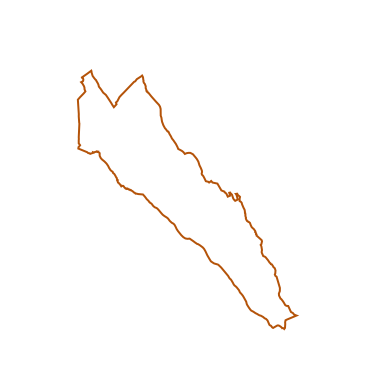 outline of Calpan, Puebla, Mexico, rotated 212°
{"feature_id": "50627088B82684012810094", "entity_name": "Calpan", "entity_type": "district", "adm_level": 2, "iso_a3": "MEX", "parent_name": "Mexico", "parent_adm1": "Puebla", "projection": "orthographic", "projection_center": [-98.482, 19.103], "detail": "fine", "context": "isolated", "style": "outline", "palette": "amber", "viewbox_px": 384, "rotation_deg": 212, "n_neighbors": 0, "source": "geoboundaries", "source_scale": "gbopen_adm2", "svg_char_len": 5952}
<svg xmlns="http://www.w3.org/2000/svg" viewBox="0 0 384 384"><g transform="rotate(212 192 192)"><path d="M238.8,161.0L236.4,161.8L232.3,163.9L229.8,163.2L227.7,162.4L226.8,162.0L225.4,161.7L224.0,161.4L223.1,160.9L222.4,160.9L221.7,160.6L220.6,160.7L219.7,160.5L217.5,159.6L215.5,159.3L213.8,159.6L212.8,159.6L211.2,159.2L209.9,158.8L207.2,157.9L204.8,157.2L202.6,157.0L199.9,157.0L198.3,156.8L195.5,155.7L192.9,155.2L191.0,155.3L189.6,155.0L187.6,153.9L185.3,152.4L183.1,151.4L178.2,149.7L175.4,149.1L173.0,149.1L171.0,149.9L169.3,151.2L164.9,151.0L162.7,150.8L160.0,150.7L159.2,151.0L156.9,151.0L153.5,150.7L151.5,150.1L149.1,148.8L145.4,146.4L141.4,144.3L139.2,143.2L135.6,143.1L135.1,143.2L131.6,144.2L131.0,144.2L127.2,143.4L116.9,140.0L115.4,139.2L114.2,138.6L112.7,138.4L111.6,137.9L110.4,137.3L108.9,136.5L108.0,135.9L106.6,135.3L104.8,135.1L103.5,134.8L100.1,133.6L99.7,133.4L99.0,132.8L97.7,132.1L97.0,132.0L95.4,131.5L94.0,131.0L92.6,130.3L87.9,127.7L86.3,126.1L85.2,125.4L82.5,124.1L80.3,123.2L79.0,122.8L76.5,123.0L73.9,122.9L72.1,123.1L70.1,123.1L69.3,123.2L68.0,123.6L67.4,123.6L65.5,123.7L63.5,123.4L62.5,123.5L62.0,123.6L61.1,123.4L59.9,123.1L56.0,120.4L55.5,120.3L54.2,120.4L53.5,120.2L52.6,119.8L52.1,119.7L51.2,119.7L48.9,124.0L48.3,124.5L47.3,124.8L45.4,124.8L44.4,124.6L43.7,124.5L43.4,124.3L43.1,124.6L42.4,124.9L41.9,124.9L41.2,124.7L41.1,126.0L43.0,129.5L44.0,130.9L44.7,132.8L43.9,134.1L37.9,142.6L38.9,142.4L40.4,142.2L41.5,142.5L42.2,142.8L44.5,142.7L50.0,146.3L51.6,145.5L53.0,145.5L55.6,146.9L57.4,147.7L59.6,148.5L60.4,148.5L63.3,150.3L64.5,151.9L65.0,154.5L66.6,157.2L75.4,165.0L76.9,165.1L78.1,166.0L78.2,167.0L79.6,169.7L81.4,171.2L83.2,171.5L83.7,171.9L85.9,172.9L86.9,172.6L87.6,173.1L88.7,173.2L91.3,174.4L95.1,175.7L96.3,175.7L97.6,175.4L100.8,177.6L101.3,178.4L101.9,179.9L104.3,182.6L104.8,183.0L105.7,183.5L105.5,184.4L106.5,187.3L107.5,188.1L113.7,189.2L114.1,189.2L114.3,189.5L114.5,189.8L114.8,190.1L115.3,190.1L115.4,190.4L115.3,190.5L116.1,191.0L116.5,191.4L116.8,191.4L117.0,191.6L117.3,191.6L117.4,192.2L117.7,192.4L118.2,192.6L118.6,192.7L119.5,193.2L122.7,193.8L124.6,195.0L126.5,196.5L127.6,196.7L128.1,196.5L128.6,196.5L128.9,196.7L129.4,196.6L129.7,196.6L130.0,196.6L130.3,196.9L131.0,197.1L131.5,197.5L132.2,197.9L132.4,198.4L132.5,198.7L132.9,199.1L133.3,199.3L133.5,199.4L133.9,200.0L134.5,200.6L134.5,200.8L134.9,201.4L135.0,201.6L135.3,201.7L135.5,201.8L135.5,202.0L135.8,202.4L136.2,202.6L136.9,203.6L138.0,204.8L139.9,205.9L142.9,208.0L144.2,209.2L145.5,209.6L146.7,209.5L148.0,211.4L148.7,213.3L149.4,213.5L150.3,213.6L151.1,213.6L152.8,214.5L153.8,213.6L153.0,213.3L151.9,212.4L150.4,211.0L149.3,209.7L150.7,207.4L151.2,207.6L152.5,207.8L153.8,208.5L156.5,210.8L158.0,211.3L158.4,211.0L159.4,211.7L160.0,211.1L157.8,209.0L159.2,207.0L161.8,208.7L162.9,209.0L164.0,209.0L164.7,209.5L167.9,208.9L174.9,212.6L179.6,210.9L181.6,211.5L182.2,209.7L182.5,209.1L183.5,209.3L186.0,208.5L188.5,210.1L190.7,211.4L191.8,211.8L192.6,211.9L193.5,212.6L194.1,214.3L195.0,215.4L197.2,217.0L199.8,218.6L202.7,221.1L205.3,222.5L207.2,223.2L211.2,224.5L214.1,224.3L215.9,223.2L217.3,221.9L218.2,220.5L220.5,221.3L222.2,221.5L224.2,221.4L226.5,221.2L228.1,222.4L231.1,224.2L235.5,226.1L237.3,226.7L239.5,228.1L241.7,229.2L243.5,230.4L244.2,230.7L244.7,230.4L245.7,230.7L247.1,231.3L248.8,231.8L251.6,233.4L254.6,235.7L255.7,236.9L257.3,238.8L259.0,240.2L260.8,243.0L262.6,245.8L264.3,247.4L266.2,248.4L270.7,249.6L277.1,251.5L281.4,253.0L281.5,253.0L282.1,252.9L282.6,253.1L282.8,253.4L283.1,253.6L283.6,253.2L284.0,253.4L284.1,253.5L284.3,253.8L284.8,254.2L285.1,254.7L286.3,255.5L287.0,256.6L287.3,257.2L287.7,257.4L288.4,258.0L289.4,258.7L290.0,258.9L290.4,259.0L290.7,259.1L291.4,259.7L292.0,260.3L292.2,260.9L292.8,261.4L293.5,262.2L293.7,262.6L294.5,263.4L295.1,263.8L296.0,264.3L296.3,263.3L298.6,258.4L298.8,255.8L299.5,254.7L301.2,246.6L302.5,240.3L303.3,236.8L303.8,234.0L303.4,229.2L303.8,228.2L303.9,227.5L302.5,226.4L303.2,222.5L305.8,223.7L307.7,224.7L313.5,227.4L316.5,228.7L320.0,229.2L323.7,230.9L326.8,232.0L328.3,233.5L329.9,234.5L331.9,235.5L332.5,236.0L333.7,236.2L334.8,236.6L335.7,236.9L336.3,237.2L337.2,237.5L337.8,237.8L340.8,240.4L341.2,241.1L341.7,241.5L343.4,237.1L345.6,231.9L346.1,230.8L345.9,230.6L345.5,230.6L344.7,230.7L343.7,229.7L343.4,229.0L343.2,228.2L343.3,227.9L344.2,226.4L342.4,225.9L339.7,224.5L338.6,223.6L337.5,222.1L335.7,220.8L336.1,218.1L337.2,213.0L337.5,211.1L337.7,209.8L329.3,198.1L328.1,196.1L324.4,191.0L323.8,190.4L317.1,178.5L316.0,176.9L315.5,175.9L313.8,173.2L311.7,172.4L311.9,170.1L312.0,169.9L311.4,168.6L302.0,170.2L300.7,170.0L300.1,170.2L299.3,170.6L299.1,170.6L298.7,170.4L298.3,170.6L298.1,171.0L297.2,172.1L296.3,173.1L296.7,173.4L296.3,173.5L294.3,175.8L294.3,176.0L293.8,176.2L294.0,175.6L292.4,176.2L291.8,176.2L291.1,176.1L290.6,175.6L290.3,175.0L289.5,173.8L287.5,172.5L286.6,172.2L285.5,171.9L282.4,171.5L279.9,170.9L279.3,170.7L277.0,169.7L276.0,169.1L275.3,168.6L273.1,167.6L272.5,167.3L270.7,167.1L270.0,167.1L269.0,166.3L268.7,166.2L267.8,166.2L267.4,166.1L265.4,165.1L264.7,164.6L264.1,164.3L263.6,164.2L263.0,163.8L262.8,163.4L262.3,163.0L261.8,162.7L261.3,162.7L261.4,162.0L260.9,161.9L260.7,161.7L260.3,161.3L259.8,160.8L258.7,160.8L257.8,160.4L257.3,160.4L256.5,160.0L256.3,160.0L256.0,160.1L255.9,160.1L255.7,160.0L255.6,159.6L255.1,159.4L254.9,159.3L254.7,159.7L254.6,159.9L254.3,160.3L253.7,160.7L252.9,160.6L252.0,160.2L251.6,160.0L250.9,159.9L250.7,160.0L250.4,160.0L250.3,159.9L250.1,159.7L249.9,159.7L249.6,159.8L249.7,160.0L249.4,160.2L249.0,160.0L248.8,160.0L248.7,160.1L248.8,160.2L248.7,160.4L248.7,160.7L248.3,160.8L247.1,160.6L246.9,160.6L246.5,161.0L246.4,161.0L246.1,161.0L245.7,160.8L245.4,160.8L245.2,161.1L245.0,161.3L244.9,161.3L244.4,161.1L242.9,161.2L241.2,160.9L240.6,160.8L240.2,161.0L239.4,160.8L239.1,160.7L238.9,160.7L238.8,160.8L238.8,161.0Z" fill="none" stroke="#b45309" stroke-width="2"/></g></svg>